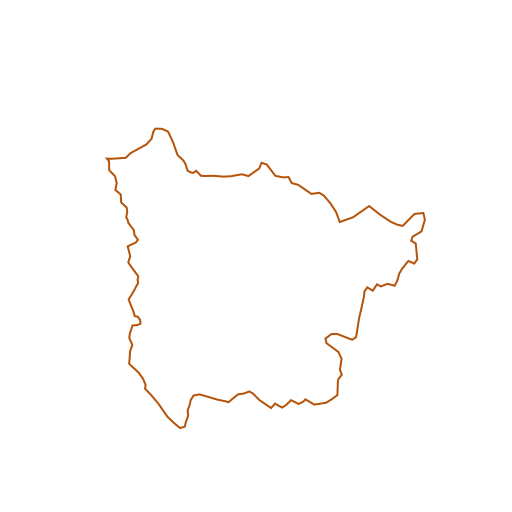 outline of Vina, Adamaoua, Cameroon, rotated 328°
{"feature_id": "32672807B59264134581656", "entity_name": "Vina", "entity_type": "district", "adm_level": 2, "iso_a3": "CMR", "parent_name": "Cameroon", "parent_adm1": "Adamaoua", "projection": "equal_earth", "projection_center": [13.667, 7.236], "detail": "fine", "context": "isolated", "style": "outline", "palette": "amber", "viewbox_px": 512, "rotation_deg": 328, "n_neighbors": 0, "source": "geoboundaries", "source_scale": "gbopen_adm2", "svg_char_len": 2224}
<svg xmlns="http://www.w3.org/2000/svg" viewBox="0 0 512 512"><g transform="rotate(328 256 256)"><path d="M188.2,392.9L193.9,391.3L197.7,398.3L202.4,398.4L209.3,396.8L213.7,404.0L218.9,404.6L221.9,403.7L226.7,412.9L237.7,417.6L244.5,417.6L251.3,417.1L258.9,405.9L260.4,404.2L265.9,402.1L266.9,396.8L270.4,392.9L274.1,388.5L274.2,387.5L275.0,381.1L269.6,367.2L271.2,362.8L278.6,362.2L283.5,365.0L289.0,372.5L293.2,378.0L297.9,377.8L300.9,374.4L310.8,363.0L317.5,356.4L326.1,347.6L329.2,343.5L333.8,341.6L336.6,347.3L343.6,344.2L345.8,348.0L352.8,349.3L357.9,354.7L362.7,351.8L368.2,346.8L373.0,344.3L381.0,341.4L382.6,341.0L386.2,346.3L391.0,344.3L398.1,330.0L395.7,325.3L399.0,322.6L409.5,322.8L418.5,314.7L420.7,308.2L412.6,304.3L396.4,308.2L392.4,304.3L390.8,301.9L388.4,298.3L385.7,292.4L383.2,287.0L378.4,273.6L368.4,274.1L359.0,274.6L345.0,271.6L346.7,263.6L347.2,261.2L347.1,251.1L345.5,240.6L343.1,235.9L335.9,232.7L329.4,217.8L328.7,217.1L324.9,213.1L325.4,206.3L320.8,203.8L314.9,198.3L313.6,184.2L310.1,179.9L305.0,183.5L291.9,184.2L287.3,179.2L276.6,174.9L270.1,171.2L263.0,165.8L255.1,161.1L251.9,158.9L250.4,152.1L246.5,152.2L245.5,151.1L243.2,147.7L245.0,140.2L245.0,136.6L243.0,128.6L246.0,115.3L247.3,103.7L243.6,98.3L238.2,94.7L235.0,96.0L229.6,101.2L222.1,103.3L206.6,102.4L204.2,102.3L197.5,103.7L184.3,96.6L181.2,94.4L181.6,97.7L177.0,105.4L178.7,113.6L176.5,120.4L171.7,125.5L173.9,132.1L170.0,139.2L172.0,146.3L170.4,150.1L166.5,154.3L166.2,157.6L165.3,160.2L166.1,169.4L164.1,173.8L164.5,179.6L161.4,180.9L152.3,179.8L149.2,189.6L144.3,193.7L144.4,197.9L145.4,210.9L143.1,213.3L141.6,216.6L138.4,218.2L134.6,220.5L129.0,223.4L125.0,225.3L123.7,231.9L122.7,237.8L121.3,242.7L123.6,244.9L123.8,249.1L122.1,252.2L118.8,251.7L114.4,249.5L108.0,254.9L105.1,258.3L104.0,265.9L98.6,270.2L95.1,275.2L91.3,280.2L94.8,293.2L95.1,300.5L94.1,306.8L92.6,308.5L91.6,309.5L93.4,318.5L95.0,329.6L95.7,345.4L98.1,354.6L100.4,361.6L105.1,363.0L108.2,360.0L110.2,358.4L113.8,355.5L116.2,350.8L120.9,347.0L124.4,343.5L129.2,341.2L134.8,343.5L141.1,350.5L147.2,357.4L153.6,363.5L155.0,365.4L167.4,363.8L173.1,366.3L178.5,367.3L180.6,371.1L182.5,379.9L188.2,392.9Z" fill="none" stroke="#b45309" stroke-width="2"/></g></svg>